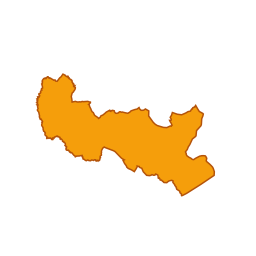 the district of Bawku Municipal, Upper East, Ghana, rotated 132°
{"feature_id": "2480657B67017614982997", "entity_name": "Bawku Municipal", "entity_type": "district", "adm_level": 2, "iso_a3": "GHA", "parent_name": "Ghana", "parent_adm1": "Upper East", "projection": "robinson", "projection_center": [-0.204, 11.042], "detail": "fine", "context": "isolated", "style": "filled", "palette": "amber", "viewbox_px": 256, "rotation_deg": 132, "n_neighbors": 0, "source": "geoboundaries", "source_scale": "gbopen_adm2", "svg_char_len": 5963}
<svg xmlns="http://www.w3.org/2000/svg" viewBox="0 0 256 256"><g transform="rotate(132 128 128)"><path d="M165.7,215.3L166.7,215.0L167.4,215.2L167.5,214.5L167.4,214.1L168.2,214.1L168.1,213.4L168.6,213.1L169.5,213.1L169.6,212.9L169.3,212.7L169.6,212.5L170.0,212.6L169.8,212.2L170.3,211.9L170.5,211.5L170.8,211.5L170.8,210.9L171.2,211.0L171.5,210.3L171.8,210.7L171.9,209.9L172.8,209.4L173.7,207.8L175.0,207.6L175.5,207.1L176.0,204.9L178.3,201.7L179.0,201.4L180.3,198.9L180.1,198.6L179.6,198.6L180.3,195.9L180.9,195.6L181.0,195.9L181.4,195.9L181.5,195.3L183.4,194.3L184.0,193.5L184.2,192.4L184.8,191.1L185.7,190.3L186.8,188.6L186.6,187.6L186.9,186.9L186.9,186.3L187.1,186.0L187.8,185.9L188.6,185.1L188.8,184.3L188.6,182.8L188.7,182.5L190.1,181.5L190.1,181.2L188.9,180.9L188.6,179.8L187.5,179.3L187.4,177.5L187.6,177.0L187.3,176.6L187.1,177.0L186.7,176.6L186.6,177.4L186.0,177.4L185.9,176.8L185.4,176.7L185.1,176.2L184.5,176.6L184.0,176.5L183.7,176.2L183.3,176.3L182.9,175.9L182.4,175.8L182.3,175.6L181.8,175.6L181.3,175.1L181.5,174.6L181.4,174.2L181.0,174.1L180.8,173.5L180.9,172.9L180.5,172.4L180.6,172.2L180.9,172.2L180.8,171.8L181.4,171.2L181.2,171.1L181.3,170.7L180.9,170.8L180.8,169.5L181.1,168.4L181.3,168.0L181.6,167.9L181.7,167.5L181.1,166.6L181.6,166.0L181.4,165.2L181.4,164.3L182.4,163.3L183.2,163.1L183.0,162.4L183.0,161.8L183.3,161.8L183.4,161.6L183.0,161.2L183.1,160.9L183.7,160.9L184.4,160.3L185.0,160.2L185.0,159.7L185.4,159.6L185.6,159.1L185.4,158.5L184.4,157.4L184.6,157.1L184.4,156.7L184.8,155.7L184.6,155.3L184.9,154.9L184.8,154.3L184.4,154.3L184.4,153.7L184.0,153.3L184.5,149.9L184.3,148.8L184.7,147.9L183.3,147.4L181.2,145.3L180.3,144.8L179.1,143.7L179.8,143.2L180.0,142.9L179.7,142.6L179.8,142.1L180.6,141.5L180.7,140.9L181.1,140.5L180.6,139.7L180.6,138.3L180.3,137.2L179.8,136.9L179.5,136.9L178.6,136.4L178.5,135.5L177.6,134.1L177.1,133.8L176.3,133.8L175.2,132.3L175.1,131.8L173.9,131.6L173.3,130.8L173.7,130.5L173.9,129.6L173.5,129.2L172.8,129.0L172.7,128.6L172.4,129.0L172.2,128.9L171.6,127.7L170.8,127.6L169.0,128.7L168.5,128.6L168.3,129.3L167.4,129.8L166.0,129.6L165.5,130.0L164.8,130.9L163.9,131.3L163.3,132.0L162.1,132.7L160.2,133.2L158.9,133.2L158.0,132.9L157.9,132.1L154.6,123.6L154.2,121.7L154.8,113.1L154.7,111.7L154.2,109.5L155.4,110.0L156.7,106.7L157.2,104.0L157.9,102.7L157.9,100.7L156.8,97.5L156.2,94.1L152.7,94.7L150.5,95.3L150.1,95.7L149.7,94.6L149.2,94.2L149.1,93.9L149.4,93.6L149.4,92.6L148.7,90.8L150.3,87.4L150.7,82.5L149.0,80.1L147.8,79.3L146.6,79.0L146.3,78.2L146.2,77.7L145.7,77.0L144.9,76.5L144.3,76.6L144.1,76.3L143.6,76.5L143.0,74.5L143.8,73.3L145.0,72.0L145.0,71.7L144.2,71.4L144.3,70.7L145.1,69.4L145.0,69.0L144.3,68.2L144.5,66.6L144.2,66.0L144.5,65.3L144.4,64.7L142.7,62.6L141.5,62.5L139.7,62.0L137.7,60.6L137.6,60.0L137.3,59.8L137.2,59.4L137.2,59.1L138.4,58.2L138.9,55.3L139.3,54.8L139.5,53.9L139.5,53.0L140.1,52.3L140.2,51.7L140.6,51.4L140.9,50.7L140.4,47.6L140.5,47.1L141.3,46.1L141.4,45.6L141.2,44.9L141.4,44.0L142.0,43.6L142.4,42.9L141.8,42.4L137.3,40.7L121.3,36.2L105.6,32.3L102.7,34.6L101.0,37.6L100.5,38.9L100.3,40.8L100.2,43.1L100.3,46.9L100.1,47.9L97.7,49.3L97.6,50.2L97.1,50.9L97.0,51.9L97.8,53.1L99.2,54.6L101.0,55.9L105.5,57.6L107.5,58.0L108.3,59.2L108.4,61.2L109.0,63.2L109.2,65.6L108.7,67.0L108.0,67.7L107.3,69.3L104.2,69.6L102.0,70.5L98.9,71.0L93.1,72.8L89.0,72.1L88.2,72.3L84.1,75.3L77.5,75.3L76.2,75.9L71.8,79.4L69.0,80.4L67.2,81.4L67.1,82.2L68.0,86.0L67.3,88.7L65.9,92.9L66.2,92.9L66.9,92.3L67.3,92.6L67.5,92.3L68.5,92.8L68.7,93.1L69.7,93.4L70.4,93.0L70.7,93.1L71.1,93.0L71.4,93.4L73.7,92.9L75.6,94.3L78.2,95.1L82.3,97.0L84.8,100.6L86.8,105.4L89.4,104.2L91.8,103.8L92.5,101.8L93.2,101.3L93.6,101.2L94.5,102.2L95.1,100.8L95.5,99.2L96.5,97.1L97.8,97.1L98.1,97.9L101.7,99.4L103.8,102.0L106.6,107.9L107.0,110.2L106.9,113.1L105.6,119.0L105.3,120.6L101.4,124.0L102.2,127.8L104.3,128.3L105.0,128.9L106.1,130.1L106.1,131.8L105.4,133.5L107.8,133.9L109.6,135.2L113.2,137.2L115.1,137.3L117.2,138.0L118.4,140.0L120.0,143.0L120.6,143.3L120.8,143.8L121.1,144.6L121.8,145.2L123.2,145.3L124.1,145.8L124.7,146.3L125.3,147.1L125.2,148.6L124.4,149.8L125.2,151.3L126.0,151.5L126.1,151.9L126.7,152.0L127.0,152.6L127.3,152.3L127.5,152.9L127.1,153.5L130.7,154.8L133.0,155.0L135.7,155.5L136.7,156.2L137.6,156.2L138.7,155.8L140.6,156.3L140.4,157.4L140.9,160.9L140.8,161.6L139.8,164.0L139.9,165.7L139.2,167.5L138.8,168.1L137.7,170.9L136.6,172.5L136.8,173.0L134.4,172.8L133.9,173.3L134.4,173.9L135.1,175.7L138.4,178.9L138.9,179.8L140.2,180.5L141.0,181.6L142.2,182.6L142.9,183.7L143.4,184.9L146.1,186.9L144.1,189.1L142.6,191.2L139.8,192.7L139.1,192.9L137.6,192.7L136.6,193.0L135.2,193.1L133.9,193.6L133.8,193.9L133.1,194.3L133.4,195.4L132.7,195.6L133.0,195.7L132.9,195.9L133.2,196.2L132.6,196.4L132.7,196.8L132.1,196.9L131.9,197.6L131.6,197.8L131.6,198.2L132.0,198.5L131.3,199.5L131.4,200.1L131.1,200.5L130.6,200.8L130.5,201.3L130.2,201.5L130.4,201.9L130.3,202.1L130.3,202.3L130.2,202.4L130.4,202.8L130.2,203.1L130.7,204.6L130.3,205.0L130.6,205.2L130.6,205.8L130.2,205.8L130.2,206.3L130.5,206.2L130.5,206.3L130.2,206.4L130.2,206.7L129.7,207.0L129.7,207.3L130.3,207.4L130.3,207.7L130.8,207.9L130.9,208.9L131.1,209.4L130.8,210.1L131.1,210.4L131.1,211.2L131.5,212.4L134.7,212.0L136.6,212.3L140.7,211.9L141.6,213.3L141.1,214.4L142.2,215.2L142.3,216.5L142.7,217.7L142.7,218.4L143.0,219.1L143.4,219.4L143.1,219.8L143.8,220.4L143.4,221.7L143.8,222.1L144.1,222.0L144.5,222.2L145.0,222.1L145.6,222.3L146.0,222.0L146.2,222.3L146.1,222.9L146.8,223.3L147.0,222.9L147.8,223.7L149.8,223.5L150.7,223.1L150.8,222.5L151.2,222.2L151.7,222.1L152.1,221.6L153.0,221.6L153.1,221.0L153.4,220.9L153.9,220.2L154.3,219.5L155.5,218.2L156.2,218.5L156.6,218.5L157.3,217.7L157.4,218.1L158.1,217.6L159.5,217.4L159.9,216.7L160.7,216.4L161.7,217.0L162.1,216.8L162.4,217.0L162.9,216.4L163.0,215.9L162.9,215.5L163.4,215.1L164.0,215.3L164.5,214.8L165.4,214.8L165.1,215.8L165.3,216.0L165.7,215.3Z" fill="#f59e0b" stroke="#b45309" stroke-width="1.5"/></g></svg>